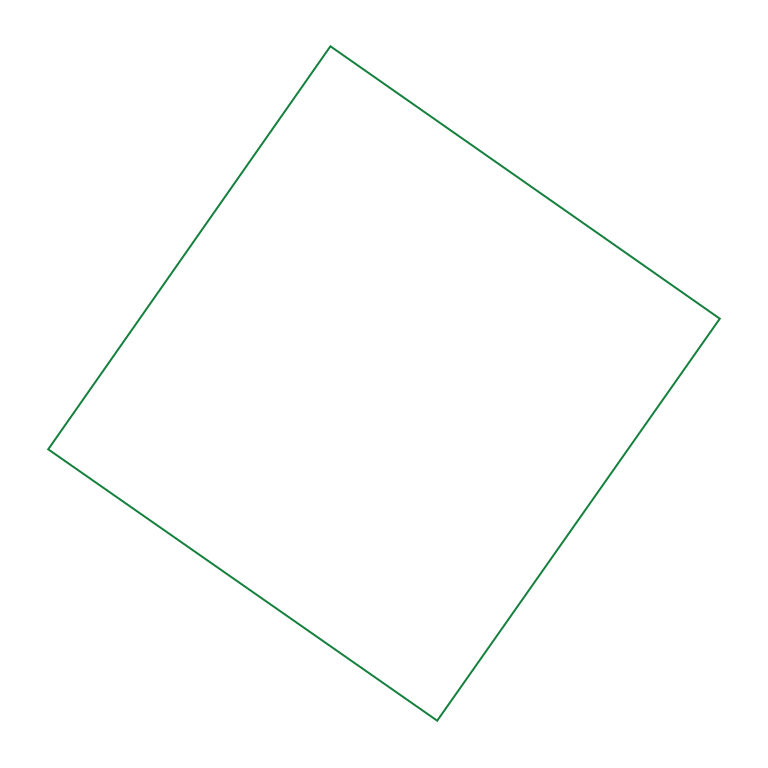 the district of Grant, Kansas, United States of America, rotated 305°
{"feature_id": "52423323B71975870729571", "entity_name": "Grant", "entity_type": "district", "adm_level": 2, "iso_a3": "USA", "parent_name": "United States of America", "parent_adm1": "Kansas", "projection": "robinson", "projection_center": [-101.235, 37.562], "detail": "fine", "context": "isolated", "style": "outline", "palette": "green", "viewbox_px": 768, "rotation_deg": 305, "n_neighbors": 0, "source": "geoboundaries", "source_scale": "gbopen_adm2", "svg_char_len": 238}
<svg xmlns="http://www.w3.org/2000/svg" viewBox="0 0 768 768"><g transform="rotate(305 384 384)"><path d="M629.9,146.4L137.9,146.4L138.7,620.7L630.1,621.6L630.1,482.8L629.9,146.4Z" fill="none" stroke="#15803d" stroke-width="2"/></g></svg>